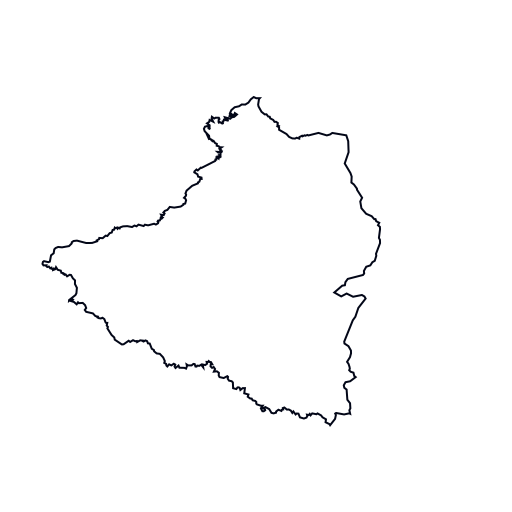 Purwakarta, Jawa Barat, Indonesia (Natural Earth projection), rotated 126°
{"feature_id": "22746128B43709097539954", "entity_name": "Purwakarta", "entity_type": "district", "adm_level": 2, "iso_a3": "IDN", "parent_name": "Indonesia", "parent_adm1": "Jawa Barat", "projection": "natural_earth1", "projection_center": [107.447, -6.592], "detail": "fine", "context": "isolated", "style": "outline", "palette": "ink", "viewbox_px": 512, "rotation_deg": 126, "n_neighbors": 0, "source": "geoboundaries", "source_scale": "gbopen_adm2", "svg_char_len": 6153}
<svg xmlns="http://www.w3.org/2000/svg" viewBox="0 0 512 512"><g transform="rotate(126 256 256)"><path d="M401.5,381.3L402.0,381.0L400.1,380.6L398.9,378.9L398.9,378.4L401.1,378.9L400.2,376.3L400.5,372.7L398.1,372.8L398.3,371.6L395.8,368.6L396.2,365.4L397.9,362.8L400.3,362.8L401.0,360.6L398.3,354.2L399.0,350.6L398.0,348.3L398.9,348.1L398.7,346.7L397.7,344.8L396.2,343.9L396.2,341.6L398.1,338.7L398.2,337.7L397.6,337.0L400.0,335.9L400.4,334.1L401.9,333.7L404.8,326.4L405.2,322.8L406.7,321.1L406.4,312.5L405.2,311.2L399.4,309.2L399.5,307.3L396.4,306.0L395.9,303.5L394.8,302.4L395.5,301.6L392.3,300.1L390.8,297.5L391.4,297.5L391.3,296.7L389.2,295.7L388.9,294.0L390.2,292.1L389.3,290.5L392.3,285.8L392.1,283.3L393.0,282.4L393.2,279.1L391.7,276.3L392.6,271.5L394.6,268.0L396.4,267.4L396.1,265.3L397.3,264.1L397.5,262.8L394.7,262.6L394.3,260.2L391.5,259.2L391.3,257.5L393.3,256.9L393.9,255.3L390.2,254.3L391.4,252.3L388.6,248.2L388.2,246.4L385.7,247.1L384.5,248.4L384.4,246.6L382.4,243.8L380.1,243.2L379.5,242.1L381.0,240.0L380.4,239.1L379.2,239.1L378.2,237.3L376.2,236.5L377.1,233.3L375.1,235.3L374.1,233.0L371.9,232.3L370.7,233.7L369.9,232.5L368.8,232.5L369.0,231.2L368.3,230.1L369.3,227.8L370.1,229.0L372.0,227.9L372.3,225.8L370.7,225.0L371.5,222.7L374.3,222.1L372.3,219.9L372.3,217.4L374.6,215.9L375.4,214.3L373.7,210.4L370.1,208.6L370.2,207.6L371.9,206.8L372.7,204.5L371.6,202.1L371.9,200.4L376.4,196.8L375.2,193.7L373.2,193.7L372.4,192.7L372.3,191.6L373.6,189.9L370.7,189.1L369.4,187.3L374.0,184.8L372.5,180.7L374.7,180.0L374.7,176.9L373.9,175.7L374.7,173.9L373.7,171.4L373.9,170.0L375.3,169.0L375.5,168.0L374.2,163.9L373.2,162.6L376.4,162.5L377.8,159.6L377.1,158.5L375.4,157.9L374.8,158.6L375.0,160.9L372.7,159.6L372.1,155.3L373.8,151.3L373.0,149.3L371.0,147.7L370.0,148.3L367.2,147.5L366.4,144.4L365.2,144.7L364.2,143.8L363.2,144.9L361.9,144.0L362.1,140.7L360.9,139.3L360.6,136.9L361.6,134.4L359.8,134.4L360.9,130.8L359.5,130.5L358.6,129.0L360.7,125.6L359.3,121.7L357.1,120.2L355.3,120.4L354.4,121.5L353.6,119.8L352.2,119.7L352.8,118.2L350.3,118.0L348.5,114.1L347.2,113.7L346.7,109.6L347.4,107.4L347.0,103.4L349.6,102.0L348.8,97.7L349.3,96.6L341.3,96.3L337.7,97.9L336.9,99.3L335.9,98.9L332.4,91.6L328.5,88.1L328.3,87.1L325.9,89.8L323.8,90.1L319.8,93.4L318.6,97.6L310.8,104.2L310.7,107.1L309.0,109.0L305.5,109.4L302.0,106.2L295.4,104.2L295.3,106.0L293.1,108.6L294.0,111.4L293.6,113.5L292.1,113.8L290.8,115.1L288.9,117.7L288.1,120.1L282.6,120.5L278.9,121.9L276.7,123.6L274.6,128.2L274.8,133.0L273.4,134.3L251.1,139.9L246.8,139.9L237.8,142.7L226.0,142.3L225.0,144.5L225.3,147.4L231.9,153.5L233.1,160.6L238.6,163.3L239.5,171.2L229.3,168.8L227.4,166.9L224.6,168.3L220.6,168.3L208.5,158.3L206.6,158.2L204.7,159.9L199.9,160.5L196.4,158.0L192.6,158.2L190.1,157.1L185.1,158.8L183.7,160.2L172.7,163.2L170.1,165.2L169.1,167.2L161.4,171.4L159.6,172.9L159.4,175.4L156.7,175.8L157.2,179.2L155.9,181.0L156.7,181.9L155.8,185.8L157.1,191.7L155.4,198.8L150.6,203.7L146.5,204.4L143.0,213.3L142.2,213.9L140.6,218.8L140.5,222.0L135.5,225.3L133.4,228.3L129.0,238.6L117.6,242.1L108.9,248.9L105.3,253.9L111.6,266.6L114.3,267.6L116.8,269.6L119.7,277.8L127.7,284.5L127.8,285.5L129.7,286.8L129.8,287.6L131.8,288.7L131.6,289.4L134.3,290.8L135.6,290.0L136.4,292.6L138.0,293.4L139.5,295.7L140.2,299.2L139.4,303.0L140.3,311.5L138.3,313.0L138.5,314.6L137.4,314.2L137.5,315.6L135.6,316.5L135.6,318.6L136.6,319.9L135.8,322.0L136.3,325.4L135.3,326.7L136.0,328.1L135.2,330.8L136.3,332.2L136.1,336.3L133.5,341.9L132.2,343.3L127.3,345.8L126.1,345.7L128.2,348.5L128.8,351.3L132.3,352.3L136.4,352.3L139.8,353.7L141.8,356.6L144.8,357.7L148.2,360.7L152.5,361.7L155.8,361.0L155.5,359.5L156.1,359.2L157.3,360.1L158.5,359.6L156.7,357.1L155.7,358.0L154.2,356.6L152.8,357.1L152.7,354.6L155.0,355.1L155.8,356.0L156.3,355.5L158.2,357.2L160.1,357.5L162.1,362.8L162.8,361.7L162.7,357.7L164.6,362.1L166.3,361.5L166.8,362.0L168.1,360.8L168.7,361.2L168.9,364.1L169.9,364.4L169.6,365.1L167.6,366.3L166.7,366.1L166.0,367.3L167.8,369.9L169.3,370.6L169.3,373.5L170.9,372.7L172.5,369.6L173.2,373.5L175.0,372.7L177.5,373.6L177.5,370.4L180.1,368.6L180.4,367.6L180.6,369.5L179.2,370.7L179.6,371.9L181.4,373.3L183.7,372.9L185.2,370.9L186.3,364.7L187.3,363.7L187.4,365.6L189.0,362.8L188.3,362.2L188.0,360.1L188.6,359.9L188.6,358.3L187.8,358.0L188.7,355.4L188.3,353.6L189.9,352.6L189.1,350.6L189.5,349.6L188.3,347.7L190.6,348.5L190.6,347.6L191.1,347.9L191.6,346.9L191.3,345.2L192.2,345.0L194.4,348.4L194.5,347.2L193.4,346.4L193.6,345.2L195.1,344.1L195.9,345.0L196.6,343.0L197.8,343.4L197.1,344.4L198.1,345.6L199.3,344.1L199.5,345.9L201.4,344.8L201.9,345.5L203.1,344.9L216.8,351.9L217.0,352.6L221.0,353.4L221.0,355.0L223.8,355.5L224.6,355.1L224.3,351.4L225.8,349.5L224.6,346.2L225.6,345.3L226.4,346.4L229.2,345.5L230.6,346.2L231.4,345.7L236.7,348.9L243.9,350.6L246.9,349.8L247.3,348.7L248.4,348.1L251.2,348.4L251.1,347.0L252.0,345.3L255.2,344.1L256.6,345.3L257.3,344.9L260.3,346.0L264.9,350.6L267.0,354.6L270.8,354.8L273.1,356.3L275.2,356.5L275.3,355.0L277.1,354.7L278.4,357.1L279.1,355.6L280.2,355.7L279.8,354.1L281.3,354.3L281.6,355.2L283.7,354.7L284.9,356.0L285.9,355.9L286.0,354.9L287.1,354.5L289.4,355.5L289.8,357.4L294.6,361.3L296.0,364.3L297.8,364.5L299.7,369.5L302.2,370.1L302.8,372.2L305.4,373.3L307.5,377.7L310.2,381.0L312.6,382.7L313.8,382.5L313.9,383.7L315.3,384.0L314.6,385.1L316.2,386.1L316.1,386.9L318.2,386.3L319.2,387.3L321.8,386.5L323.5,387.8L327.2,388.0L327.9,389.6L331.7,390.5L333.5,393.4L334.7,392.9L337.0,394.0L337.5,393.2L341.8,396.3L345.3,401.0L348.8,409.9L351.1,412.4L353.1,413.1L354.2,412.5L357.9,413.1L363.0,418.0L365.0,421.4L367.3,422.8L369.2,423.1L372.7,421.3L375.9,422.2L381.7,419.5L383.0,420.3L384.8,424.5L386.0,424.9L387.9,424.1L388.5,422.4L386.7,420.1L387.4,419.9L387.6,418.4L386.3,417.4L386.9,415.2L385.7,414.6L386.4,413.7L385.7,412.4L386.6,411.9L385.4,411.1L384.8,411.8L384.3,410.7L382.6,411.2L383.7,408.3L382.6,405.3L384.0,403.6L383.4,402.5L383.7,401.6L382.4,401.2L383.4,401.0L383.8,399.9L382.8,399.2L383.5,396.9L380.7,395.7L380.1,394.5L381.7,391.0L382.1,388.1L385.1,386.0L387.0,382.2L391.7,379.4L393.7,379.1L401.5,381.3Z" fill="none" stroke="#020617" stroke-width="2"/></g></svg>